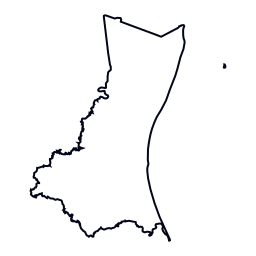 Tamiahua, Veracruz, Mexico
{"feature_id": "50627088B25417186263654", "entity_name": "Tamiahua", "entity_type": "district", "adm_level": 2, "iso_a3": "MEX", "parent_name": "Mexico", "parent_adm1": "Veracruz", "projection": "robinson", "projection_center": [-97.548, 21.34], "detail": "fine", "context": "isolated", "style": "outline", "palette": "ink", "viewbox_px": 256, "rotation_deg": 0, "n_neighbors": 0, "source": "geoboundaries", "source_scale": "gbopen_adm2", "svg_char_len": 5716}
<svg xmlns="http://www.w3.org/2000/svg" viewBox="0 0 256 256"><path d="M52.1,155.6L52.1,155.8L52.7,155.2L52.8,155.6L52.8,156.5L52.5,156.6L52.7,157.0L52.2,157.7L52.3,158.1L51.3,158.7L50.1,158.9L50.3,159.6L49.9,159.8L50.4,162.9L50.2,164.0L49.5,164.7L50.0,165.8L49.4,165.5L47.7,166.1L44.8,165.9L44.1,166.4L44.2,165.7L43.8,165.4L42.5,166.6L38.2,167.9L37.2,167.9L37.0,169.9L36.5,171.2L35.1,172.4L34.3,172.8L34.0,175.5L33.6,176.7L33.8,177.7L35.0,177.8L36.4,179.5L36.8,179.5L36.7,180.0L37.1,180.0L37.9,181.7L39.1,182.6L39.1,183.1L37.7,183.0L36.8,183.6L36.5,183.8L36.4,184.9L36.6,186.0L36.3,186.3L35.8,187.5L34.8,187.7L33.7,189.3L32.6,189.3L32.4,189.7L31.6,189.7L31.4,190.2L30.9,190.4L30.8,190.2L30.6,190.9L31.4,192.9L30.9,194.3L31.7,195.3L33.2,196.5L33.6,196.7L34.7,195.8L35.0,197.1L35.9,197.5L36.6,196.0L35.8,195.4L36.3,195.2L36.2,194.4L36.9,195.5L39.5,194.0L39.8,194.2L41.8,193.3L42.0,195.5L42.5,196.1L43.0,196.3L44.0,195.9L47.1,198.1L47.9,196.7L50.4,198.4L53.1,198.6L55.2,199.8L57.6,199.2L60.1,200.1L61.1,200.3L61.8,201.0L62.6,204.1L63.4,204.9L64.0,206.7L63.8,207.3L64.1,208.4L63.6,209.3L64.2,209.3L63.8,209.7L64.1,209.7L64.1,210.3L63.7,210.4L63.9,211.8L64.4,211.8L64.7,212.3L64.8,211.9L65.2,211.9L65.5,212.3L65.4,212.9L66.3,212.6L65.9,212.1L66.0,211.9L66.9,212.5L67.7,212.7L67.9,213.5L68.6,214.5L69.5,215.3L70.0,215.3L70.2,215.9L69.9,216.1L70.1,216.3L70.7,216.3L71.5,215.4L71.3,214.8L71.5,214.5L72.3,214.6L72.6,215.1L71.8,216.4L71.9,217.1L71.5,217.1L71.5,218.6L71.2,218.7L71.2,220.2L71.8,220.6L71.8,221.0L73.0,221.3L73.1,220.6L76.5,222.1L76.9,221.5L77.7,222.0L77.8,220.9L78.4,221.2L78.8,221.9L79.3,222.1L79.3,223.0L79.9,223.6L79.6,224.4L79.8,224.7L80.1,224.5L80.2,225.1L79.9,225.5L80.5,226.6L80.8,228.1L83.4,231.0L84.6,231.6L85.2,232.3L86.2,234.5L86.9,235.5L87.7,235.7L88.9,236.7L90.4,235.5L91.2,235.6L92.3,236.6L93.1,236.7L93.4,236.6L93.7,233.8L94.1,233.7L94.2,232.9L94.8,232.9L95.1,232.1L95.8,231.6L98.0,230.8L99.0,229.4L100.7,228.2L101.0,227.6L101.7,228.6L103.8,229.5L104.4,229.5L106.9,228.5L109.0,228.1L109.7,228.1L111.0,228.7L112.1,228.1L114.5,227.5L115.2,226.8L115.7,225.6L116.1,225.2L116.5,225.4L116.4,225.9L118.0,226.4L118.3,226.1L118.1,225.4L117.4,224.9L117.5,224.1L117.9,223.8L117.9,224.5L118.5,224.4L118.8,223.7L119.9,223.4L120.2,222.9L121.3,222.9L121.6,221.7L122.5,221.7L123.4,221.3L125.3,221.4L125.4,220.9L125.8,221.3L129.0,220.8L135.7,222.1L135.9,224.0L137.0,225.1L136.9,225.9L137.4,226.3L138.2,226.1L138.9,227.1L140.9,226.6L142.2,227.1L142.8,228.4L142.5,230.9L143.1,231.7L144.7,232.3L147.2,231.7L150.1,232.1L150.6,232.5L150.7,233.3L149.1,235.1L149.4,235.6L150.0,235.7L151.3,235.0L152.4,233.0L152.6,232.2L152.5,230.2L152.8,229.4L155.3,228.4L156.1,227.8L156.3,227.2L155.5,225.3L155.7,224.6L156.1,224.2L159.0,223.6L161.1,223.7L162.0,224.4L162.8,226.1L162.9,227.2L162.3,228.9L163.2,231.3L165.4,234.2L166.2,234.5L167.6,235.8L168.7,238.7L169.0,240.6L169.4,240.6L169.7,240.2L170.3,240.2L170.6,240.0L170.2,240.1L170.1,239.8L170.4,239.6L170.0,239.8L159.5,216.7L154.5,203.0L150.5,189.5L148.1,178.4L147.3,171.2L147.3,168.3L147.9,165.5L148.7,165.5L148.1,165.4L148.5,164.7L148.9,164.6L148.5,164.6L147.8,159.9L148.0,149.1L149.0,141.9L150.4,134.6L152.0,128.8L154.4,122.3L156.7,117.1L161.3,109.6L166.1,100.3L170.1,89.0L175.3,75.8L177.5,68.5L180.5,57.0L183.5,48.9L184.6,42.7L184.4,40.4L183.6,38.4L183.2,35.5L183.1,30.8L183.4,28.4L184.2,26.5L184.1,25.6L183.7,25.2L183.3,25.1L181.7,25.3L181.3,25.7L180.8,25.6L179.7,26.3L179.3,26.2L178.8,27.2L177.6,28.1L161.2,36.7L120.8,21.7L121.2,19.8L120.6,18.1L117.4,17.8L114.7,18.5L105.8,15.4L104.8,15.4L103.9,15.8L103.8,16.5L108.2,53.3L110.0,64.9L110.7,66.3L110.8,68.9L110.8,69.7L110.3,70.4L108.6,71.6L108.1,72.7L107.6,76.5L107.6,81.0L105.9,83.4L106.0,87.7L105.1,88.0L101.8,87.5L100.7,87.6L98.9,88.7L98.2,89.8L98.3,90.5L98.6,91.0L99.3,91.3L101.6,91.3L104.4,90.9L104.7,91.2L104.8,92.8L105.1,93.7L106.5,94.9L107.9,95.5L108.2,96.3L108.0,97.0L107.6,97.7L106.7,98.3L105.6,98.5L104.1,98.2L102.1,97.0L100.7,96.7L99.8,97.4L99.7,98.5L97.6,99.1L97.3,100.0L97.4,100.8L96.4,100.0L95.0,100.4L94.5,101.2L93.7,103.2L94.4,104.3L93.5,105.3L93.4,107.1L92.7,107.7L92.0,107.5L91.1,108.5L92.6,111.8L92.2,112.3L92.4,112.7L90.8,112.0L90.8,112.6L91.5,112.9L90.9,113.5L89.7,113.0L89.9,114.2L89.3,114.0L89.1,115.3L88.3,115.1L88.9,115.5L88.2,115.8L88.0,116.0L88.3,116.1L85.5,118.6L82.5,118.6L82.0,119.1L81.9,120.6L81.3,121.4L81.1,122.0L81.5,122.6L81.3,122.2L82.8,122.4L82.8,123.3L82.2,123.2L81.9,124.3L82.7,124.3L82.6,126.0L83.0,126.3L82.7,127.9L82.4,127.9L82.3,128.8L83.5,129.0L83.4,130.1L83.0,130.9L82.4,130.4L82.1,131.1L81.2,130.6L81.6,131.0L80.6,134.8L80.6,135.1L81.1,135.2L81.4,135.7L80.9,136.5L79.6,137.3L79.8,138.0L80.0,137.7L80.5,138.0L80.4,138.7L80.7,139.0L80.2,139.5L79.8,138.8L79.0,138.2L78.9,138.7L79.6,139.8L80.4,140.3L80.5,141.9L79.6,142.5L79.4,143.1L78.3,143.0L78.9,143.5L78.5,147.1L79.7,147.0L80.8,147.7L82.7,148.2L82.0,148.5L80.7,148.4L79.6,149.5L79.1,149.4L79.1,150.3L78.8,150.5L78.3,150.1L78.3,149.3L77.3,150.2L76.6,149.9L76.2,148.7L75.8,148.9L75.6,149.7L75.2,149.2L75.6,148.7L75.5,148.3L74.8,148.4L74.0,149.6L73.7,149.6L74.0,148.6L73.7,148.4L72.9,149.5L72.7,150.4L71.5,150.8L71.0,152.4L70.6,152.6L70.9,153.6L69.5,154.2L69.3,153.8L69.5,153.3L68.8,152.8L67.9,154.1L67.5,154.1L66.8,154.0L66.4,153.2L65.5,152.8L65.2,153.4L65.2,154.3L64.0,154.4L61.5,153.9L61.0,153.2L60.5,153.2L60.2,152.9L59.8,152.9L59.5,153.4L58.6,152.7L57.9,152.7L58.4,152.0L59.3,151.8L60.5,150.2L60.6,149.9L59.9,149.8L59.5,150.3L58.1,151.0L56.8,150.7L56.9,152.0L56.0,152.2L54.3,152.0L53.8,152.7L52.7,153.3L53.0,153.7L53.7,153.8L53.7,154.1L53.3,154.2L53.2,154.9L52.1,155.6ZM224.9,67.7L225.4,67.0L225.3,65.7L224.7,64.5L224.3,64.4L224.3,65.5L223.8,67.3L224.0,67.7L224.9,67.7Z" fill="none" stroke="#020617" stroke-width="2"/></svg>